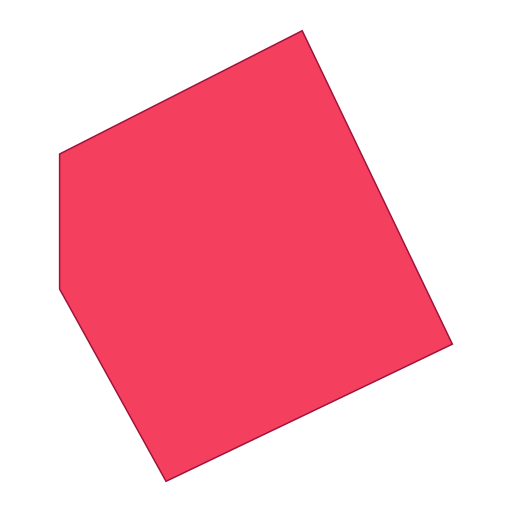 30, Ad Dawhah, Qatar (Mercator projection)
{"feature_id": "91078587B91130659475882", "entity_name": "30", "entity_type": "district", "adm_level": 2, "iso_a3": "QAT", "parent_name": "Qatar", "parent_adm1": "Ad Dawhah", "projection": "mercator", "projection_center": [51.461, 25.361], "detail": "fine", "context": "isolated", "style": "filled", "palette": "rose", "viewbox_px": 512, "rotation_deg": 0, "n_neighbors": 0, "source": "geoboundaries", "source_scale": "gbopen_adm2", "svg_char_len": 246}
<svg xmlns="http://www.w3.org/2000/svg" viewBox="0 0 512 512"><path d="M62.5,294.3L64.2,297.3L166.0,481.3L387.0,375.5L452.4,344.1L450.9,341.1L302.2,30.7L59.6,154.0L59.6,289.1L62.5,294.3Z" fill="#f43f5e" stroke="#9f1239" stroke-width="1.5"/></svg>